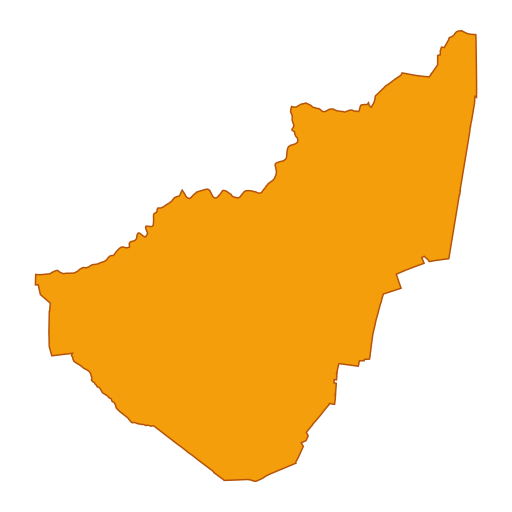 the district of De Ronde Venen, Utrecht, Netherlands
{"feature_id": "6326949B84891227552476", "entity_name": "De Ronde Venen", "entity_type": "district", "adm_level": 2, "iso_a3": "NLD", "parent_name": "Netherlands", "parent_adm1": "Utrecht", "projection": "albers", "projection_center": [4.92, 52.233], "detail": "fine", "context": "isolated", "style": "filled", "palette": "amber", "viewbox_px": 512, "rotation_deg": 0, "n_neighbors": 0, "source": "geoboundaries", "source_scale": "gbopen_adm2", "svg_char_len": 5965}
<svg xmlns="http://www.w3.org/2000/svg" viewBox="0 0 512 512"><path d="M151.4,226.6L146.2,226.1L145.9,226.4L145.7,226.8L145.6,227.7L146.3,230.0L147.5,232.9L147.4,233.8L147.2,234.4L146.4,235.7L145.6,236.6L145.2,236.9L144.8,236.9L143.1,235.9L140.2,233.5L139.7,233.2L138.5,233.0L138.0,233.2L137.5,233.9L136.9,235.6L136.8,237.1L136.6,238.0L136.2,239.1L135.7,239.7L134.5,240.7L131.0,241.6L130.4,241.9L129.6,242.8L129.3,243.5L129.2,244.3L129.6,246.8L129.4,247.2L127.4,247.7L126.3,247.8L122.4,246.9L120.6,247.5L119.1,248.7L116.3,251.6L113.9,255.0L113.1,255.5L110.7,255.7L109.4,256.5L108.2,257.6L107.3,258.9L106.2,260.2L105.0,261.0L103.9,261.6L100.6,262.6L97.8,263.9L95.8,264.3L92.2,264.7L89.7,266.3L86.6,267.8L85.9,267.8L83.4,267.5L82.0,268.0L79.6,269.4L77.6,271.3L76.8,271.7L74.3,272.9L73.6,273.1L65.6,273.3L63.6,273.7L60.4,272.6L57.9,270.6L56.8,270.4L55.8,270.7L52.4,272.2L49.6,273.9L46.1,274.1L44.2,274.4L41.0,274.6L37.9,274.7L35.7,274.4L35.4,284.9L38.2,284.7L40.4,294.6L50.3,303.2L49.6,311.4L49.3,311.4L49.3,311.8L48.9,333.5L49.1,338.7L49.3,339.1L49.1,339.4L49.2,345.4L49.3,346.8L51.8,355.8L72.5,353.3L71.7,354.4L71.6,354.8L71.5,355.3L71.7,355.8L72.5,357.0L73.2,359.8L74.0,361.3L75.1,362.2L80.6,365.6L84.2,368.6L85.8,369.2L89.2,371.4L90.7,373.8L91.0,375.4L91.8,377.2L91.9,378.2L91.4,379.9L91.6,380.5L93.3,382.0L94.4,382.6L95.3,384.3L96.2,384.9L96.5,385.3L97.2,386.8L99.1,387.5L99.6,387.9L100.9,389.9L102.2,392.3L103.0,393.1L107.4,395.8L109.3,398.0L111.0,398.6L111.3,399.1L111.9,400.9L112.1,401.4L114.3,402.7L114.7,403.2L115.0,404.4L115.8,405.6L115.9,406.1L115.9,406.8L116.0,407.4L116.9,408.7L120.2,411.9L126.6,416.9L128.3,418.4L128.9,419.4L131.3,422.2L132.5,422.8L133.7,422.5L134.9,422.6L138.3,423.9L140.1,424.0L141.1,424.5L143.1,424.4L144.4,424.8L145.8,425.6L147.7,425.1L151.2,426.2L153.1,425.8L153.9,426.0L178.4,444.9L181.3,446.9L188.9,453.0L190.4,453.9L193.6,456.3L197.0,459.1L213.5,471.6L213.8,472.7L214.5,473.0L220.9,477.8L221.8,478.3L224.2,480.4L228.0,480.3L247.4,479.5L250.0,479.8L254.6,481.3L256.3,481.2L262.2,478.5L266.8,475.5L268.1,475.0L268.4,474.7L295.8,463.2L295.6,463.0L295.9,461.9L298.3,457.4L303.3,446.4L301.2,442.7L306.0,440.7L308.2,435.8L306.3,432.3L312.8,424.5L312.7,424.1L313.4,423.5L316.3,420.2L320.4,415.3L324.0,410.6L329.2,404.4L329.0,404.2L330.0,403.4L331.8,404.0L334.6,404.3L335.3,398.5L335.5,396.0L335.2,396.0L335.2,394.0L335.6,394.1L335.6,392.8L336.2,384.9L336.3,383.3L334.0,382.9L334.2,379.5L336.5,379.9L336.9,374.1L336.5,374.0L336.6,372.8L337.0,372.9L337.3,370.3L338.3,366.0L339.0,363.6L358.3,366.2L359.4,360.9L364.2,360.7L364.3,359.7L364.5,359.4L369.5,359.1L370.1,355.6L370.2,353.9L370.6,351.5L370.9,348.5L372.8,334.4L375.1,324.6L376.1,319.8L378.0,313.2L378.9,309.3L379.4,308.1L379.7,306.5L380.4,304.1L381.2,301.9L382.0,298.4L383.4,294.0L401.1,288.2L399.9,285.0L396.3,274.2L405.9,270.1L417.1,265.8L424.1,263.3L421.8,257.5L422.2,257.5L424.1,256.3L427.9,259.6L429.3,261.6L435.9,260.4L448.8,258.7L459.2,195.7L459.3,194.8L459.6,194.9L460.3,190.6L460.0,190.6L469.7,132.2L470.0,129.0L469.9,128.8L470.0,128.7L470.4,126.5L470.6,126.3L470.7,126.1L470.5,125.9L470.9,123.5L471.6,120.6L474.5,103.2L474.7,100.7L474.9,96.2L475.1,96.1L476.5,97.3L476.6,90.1L476.5,75.8L476.0,38.5L475.8,34.6L471.6,34.4L468.6,33.9L466.4,33.2L461.7,30.7L461.6,31.0L459.6,30.9L458.2,31.1L456.4,31.9L455.3,33.0L454.2,34.7L453.3,35.7L451.4,36.9L449.3,37.6L449.1,38.1L448.7,39.6L444.3,47.5L441.5,47.1L440.3,50.7L440.3,54.9L440.1,55.0L438.9,55.0L437.7,55.5L437.6,64.0L437.6,64.8L437.5,65.2L436.7,66.2L431.8,73.3L431.3,73.4L431.1,74.6L430.8,74.7L429.2,76.9L422.7,76.3L415.6,75.4L402.1,72.9L400.9,75.3L395.6,78.8L387.5,84.8L385.9,85.7L383.1,88.6L382.3,89.2L381.9,89.9L381.0,90.5L378.6,93.0L375.4,95.9L374.8,99.6L374.8,100.2L373.7,102.7L373.6,103.5L372.7,104.5L371.5,107.1L371.3,107.2L369.9,106.2L369.2,105.5L368.9,104.7L368.7,103.0L368.5,102.7L367.7,104.0L366.9,104.4L366.0,104.6L364.7,104.5L361.5,104.9L360.9,105.2L360.7,105.5L360.2,106.7L359.2,110.5L358.6,111.6L356.5,111.1L354.0,111.1L352.4,110.2L350.3,110.0L344.6,112.1L343.0,111.5L340.1,111.3L337.1,110.8L335.3,110.2L333.3,109.1L331.8,109.0L330.2,109.1L328.6,109.6L325.8,111.3L324.5,111.6L323.1,111.6L322.2,111.2L320.0,109.3L319.2,108.8L318.3,108.5L316.5,108.4L315.2,107.7L312.9,107.3L310.8,105.3L305.8,103.0L303.8,103.7L302.3,103.9L301.1,104.2L296.6,106.8L295.7,107.1L293.6,107.1L291.6,106.5L290.9,108.7L290.6,111.6L291.0,112.9L292.0,115.1L292.2,115.8L292.2,120.5L293.1,122.9L293.8,125.1L293.9,125.8L293.5,127.0L292.0,129.2L292.0,129.8L292.2,130.3L292.6,130.6L293.9,131.4L294.6,132.0L294.8,133.9L295.6,136.0L296.0,136.6L296.9,137.3L297.2,137.9L297.8,139.9L297.7,140.9L297.3,142.6L295.2,143.9L290.4,145.4L289.4,146.0L288.3,147.0L287.8,148.2L287.3,149.9L286.8,153.9L286.5,157.3L286.0,158.7L285.4,159.4L283.2,160.9L280.1,161.6L277.0,162.7L276.1,163.2L275.4,163.8L275.2,164.4L275.2,165.4L276.4,171.1L276.4,172.5L276.0,174.8L274.4,178.5L273.8,179.3L272.5,180.6L270.4,182.0L268.0,183.9L267.5,184.8L266.2,186.0L265.3,187.8L264.4,188.6L261.7,192.3L260.2,193.1L259.1,193.1L257.9,192.9L255.8,191.9L254.2,191.7L252.9,191.2L251.4,190.9L248.7,190.6L246.3,190.7L245.3,191.0L243.8,192.1L239.9,197.0L238.2,197.8L237.6,197.9L233.2,196.8L231.9,195.8L231.3,194.8L231.0,194.4L228.0,192.4L226.8,191.4L224.8,190.6L223.5,190.4L222.9,190.6L222.3,191.0L219.8,194.7L218.6,195.7L217.5,197.1L216.7,197.6L215.2,198.0L214.1,197.7L212.6,196.2L210.9,192.6L210.0,190.9L209.4,190.2L208.1,189.3L206.8,189.1L204.1,189.8L197.1,191.9L196.2,192.6L193.5,194.9L190.9,197.6L189.6,198.5L187.4,197.8L186.6,197.1L185.8,196.1L184.7,193.9L182.2,190.2L180.8,193.0L180.1,194.8L179.7,195.5L179.4,195.8L178.0,196.4L176.1,196.9L174.8,197.5L173.8,198.4L172.8,199.6L171.9,200.9L171.2,201.5L168.7,203.4L166.7,204.5L163.9,206.5L161.3,207.8L160.4,208.0L157.9,208.0L157.2,209.2L156.9,211.4L156.6,212.3L154.5,213.3L154.0,213.9L153.6,214.7L153.5,216.4L153.6,220.0L153.4,223.7L153.2,224.8L152.9,225.7L152.3,226.3L151.4,226.6Z" fill="#f59e0b" stroke="#b45309" stroke-width="1.5"/></svg>